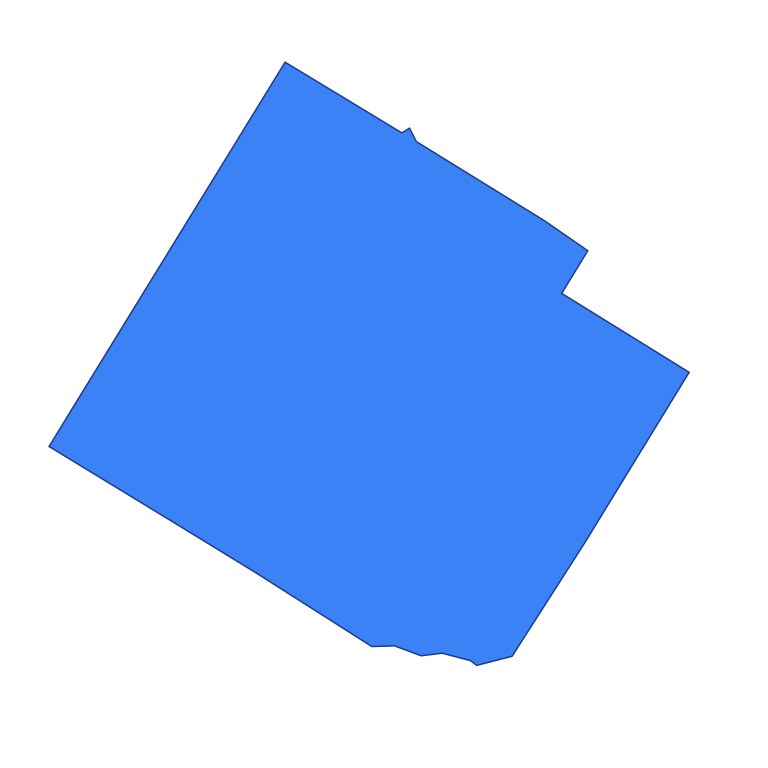 the district of Butler, Alabama, United States of America, rotated 302°
{"feature_id": "52423323B96631758595189", "entity_name": "Butler", "entity_type": "district", "adm_level": 2, "iso_a3": "USA", "parent_name": "United States of America", "parent_adm1": "Alabama", "projection": "orthographic", "projection_center": [-86.714, 31.744], "detail": "fine", "context": "isolated", "style": "filled", "palette": "blue", "viewbox_px": 768, "rotation_deg": 302, "n_neighbors": 0, "source": "geoboundaries", "source_scale": "gbopen_adm2", "svg_char_len": 423}
<svg xmlns="http://www.w3.org/2000/svg" viewBox="0 0 768 768"><g transform="rotate(302 384 384)"><path d="M156.0,373.9L154.9,512.8L167.5,531.7L173.2,559.5L186.5,575.9L195.2,603.9L194.5,611.7L221.0,636.9L356.6,638.4L555.6,636.6L555.0,486.7L605.0,486.2L607.5,433.6L606.7,283.0L614.5,270.1L606.4,266.0L604.5,129.6L203.8,132.6L153.5,133.1L155.2,284.4L156.0,373.9Z" fill="#3b82f6" stroke="#1e3a8a" stroke-width="1.5"/></g></svg>